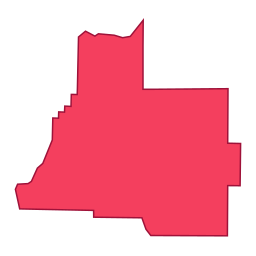 Coffee, Georgia, United States of America (Mercator projection)
{"feature_id": "52423323B74845935741438", "entity_name": "Coffee", "entity_type": "district", "adm_level": 2, "iso_a3": "USA", "parent_name": "United States of America", "parent_adm1": "Georgia", "projection": "mercator", "projection_center": [-82.919, 31.59], "detail": "fine", "context": "isolated", "style": "filled", "palette": "rose", "viewbox_px": 256, "rotation_deg": 0, "n_neighbors": 0, "source": "geoboundaries", "source_scale": "gbopen_adm2", "svg_char_len": 574}
<svg xmlns="http://www.w3.org/2000/svg" viewBox="0 0 256 256"><path d="M227.4,235.8L227.7,185.6L240.1,185.7L240.6,143.5L227.7,143.2L228.0,88.7L152.2,89.3L143.0,89.3L143.0,46.2L143.2,20.2L130.3,36.4L122.6,37.7L114.2,35.2L98.4,33.8L94.9,36.1L85.5,31.2L78.5,37.0L77.4,88.5L77.2,94.5L71.3,94.4L71.0,106.4L64.8,106.1L64.5,112.1L58.7,111.9L58.5,118.2L52.8,118.0L52.3,140.0L42.8,163.4L37.4,168.1L31.4,181.4L28.1,183.6L17.6,184.2L15.4,189.3L19.7,208.9L93.6,210.4L93.7,217.2L141.9,217.8L146.0,229.3L150.8,235.5L227.4,235.8Z" fill="#f43f5e" stroke="#9f1239" stroke-width="1.5"/></svg>